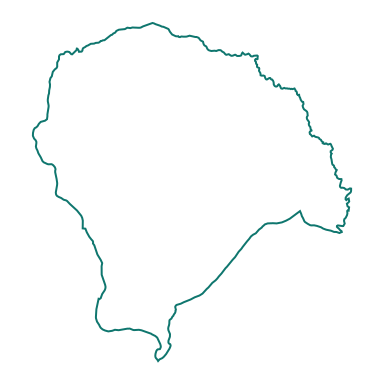 District Autonome De Yamoussoukro, Lacs, Ivory Coast
{"feature_id": "98640826B30232425959699", "entity_name": "District Autonome De Yamoussoukro", "entity_type": "district", "adm_level": 2, "iso_a3": "CIV", "parent_name": "Ivory Coast", "parent_adm1": "Lacs", "projection": "natural_earth1", "projection_center": [-5.252, 6.815], "detail": "fine", "context": "isolated", "style": "outline", "palette": "teal", "viewbox_px": 384, "rotation_deg": 0, "n_neighbors": 0, "source": "geoboundaries", "source_scale": "gbopen_adm2", "svg_char_len": 5826}
<svg xmlns="http://www.w3.org/2000/svg" viewBox="0 0 384 384"><path d="M339.4,233.0L341.8,232.0L341.5,231.1L340.0,230.0L338.6,228.3L337.7,227.7L336.9,226.8L337.0,225.9L337.9,225.4L342.6,226.1L343.3,226.0L344.7,223.6L344.0,220.9L344.3,219.2L345.7,217.8L347.0,215.2L347.4,213.5L347.2,211.0L347.8,210.3L348.6,210.6L349.1,207.3L347.6,206.4L346.9,203.7L348.6,202.3L349.2,201.4L348.7,198.6L347.6,199.1L346.3,200.1L345.6,199.3L345.7,197.6L347.2,195.2L350.5,192.5L350.9,191.7L351.1,190.7L351.1,188.6L350.0,188.4L347.8,189.6L345.9,189.5L344.3,188.1L342.8,187.7L341.1,187.8L340.2,187.0L339.9,185.9L340.8,182.4L341.6,180.4L341.4,179.1L339.1,179.0L337.5,178.1L337.1,177.6L336.5,175.6L335.1,174.5L335.5,172.4L336.7,170.1L336.0,169.8L335.2,168.2L334.2,167.2L334.1,166.1L333.7,165.4L332.6,164.7L332.2,163.8L331.5,159.4L330.8,157.0L331.1,154.2L331.7,153.7L330.7,152.4L330.7,151.2L332.5,149.8L332.9,148.8L331.6,146.1L330.9,144.3L330.2,143.8L328.1,144.5L327.0,144.0L326.5,143.5L325.8,143.4L324.9,144.0L323.3,143.6L322.7,143.1L323.2,142.3L321.7,141.3L320.9,139.8L319.4,138.9L319.0,138.0L318.2,137.5L315.3,136.8L314.0,135.7L312.2,136.4L310.8,134.7L309.9,134.0L309.6,132.3L310.0,131.5L311.5,130.6L311.3,129.9L310.7,129.4L310.3,127.0L309.7,126.4L308.9,124.9L308.8,123.6L309.2,122.7L308.9,121.7L307.2,119.4L306.9,118.5L306.8,117.4L307.0,116.7L307.7,115.6L307.4,112.7L307.0,111.7L306.2,110.9L304.0,109.3L303.1,107.6L302.6,105.8L303.5,104.0L303.2,102.1L302.8,102.2L301.9,101.5L300.7,99.7L300.1,97.8L299.3,96.3L299.1,94.8L297.8,95.0L297.0,94.0L296.9,92.6L296.5,91.5L295.6,90.9L295.5,90.2L294.5,88.5L292.6,89.1L291.7,88.8L290.8,89.1L289.8,88.7L288.1,88.7L287.2,88.4L285.4,88.4L284.2,87.9L282.4,88.7L281.3,88.5L280.8,87.9L280.1,86.0L278.8,84.4L278.0,85.0L277.3,86.2L276.1,86.6L275.4,86.4L274.7,86.0L273.8,84.6L273.6,82.2L273.1,80.8L272.1,79.5L271.4,79.5L270.8,79.0L270.3,78.1L269.4,78.0L266.9,79.5L266.3,79.4L265.8,79.0L265.3,78.1L264.6,76.0L263.4,75.5L261.9,75.7L260.6,75.3L260.4,73.2L259.0,70.8L259.3,68.7L259.0,67.9L257.3,67.2L257.0,66.3L257.1,64.6L256.5,64.2L256.1,63.6L255.9,61.8L255.2,61.2L255.0,60.0L255.7,59.0L257.0,59.3L257.6,58.9L257.5,58.1L257.8,56.1L257.1,55.5L253.7,55.8L252.8,56.4L251.5,56.4L250.9,56.2L249.3,54.2L248.4,53.6L247.5,54.1L245.3,54.7L244.6,54.5L242.6,52.6L241.9,53.4L241.5,54.7L240.9,55.6L239.7,55.9L237.7,56.0L236.8,55.8L235.5,54.8L234.8,54.8L232.7,55.7L231.4,55.8L230.7,55.5L228.8,54.2L226.2,54.8L225.1,54.0L223.9,52.5L222.2,51.6L221.1,50.5L220.1,50.1L218.6,50.1L216.2,51.0L214.6,50.7L211.3,51.0L209.2,50.4L208.4,50.0L207.3,48.8L206.4,46.7L205.9,46.2L204.7,45.6L204.1,45.0L203.5,43.8L203.0,41.7L200.6,40.4L198.6,37.8L196.6,37.0L195.3,37.0L189.6,35.7L186.6,36.6L184.1,36.7L181.3,36.5L180.0,37.1L179.0,37.0L178.2,36.2L177.6,36.4L175.7,36.2L172.1,34.5L169.9,31.7L168.7,29.4L168.2,28.9L163.4,26.8L161.9,26.6L159.8,25.6L155.6,24.2L154.0,23.4L152.5,23.0L143.0,26.4L140.7,27.6L139.2,27.8L132.4,27.5L130.3,28.1L127.3,27.7L124.9,29.1L118.9,29.7L116.4,30.9L115.2,32.6L113.3,33.5L112.0,34.8L110.9,35.1L104.5,40.2L103.0,40.3L101.5,41.0L100.7,41.0L99.5,42.2L98.4,42.7L95.7,42.9L94.1,43.6L90.8,43.8L87.9,45.5L86.4,46.0L85.4,46.9L83.2,48.1L82.6,49.2L82.4,50.6L81.6,51.6L79.0,51.8L78.6,50.5L78.0,49.5L77.4,48.7L76.8,48.6L76.5,50.1L72.2,54.3L71.3,54.2L69.4,52.1L68.0,51.7L66.7,51.7L65.3,52.0L63.7,54.1L60.7,54.3L59.6,55.1L59.0,56.4L59.0,59.4L57.2,62.5L57.2,66.7L56.5,68.1L54.8,69.4L52.8,71.9L51.8,76.3L50.4,78.2L49.5,81.9L50.0,84.4L49.9,87.0L49.2,90.3L49.0,93.5L48.4,95.3L47.8,99.4L47.8,101.2L48.6,105.4L48.6,106.8L47.4,114.4L47.4,116.3L47.0,119.2L45.0,120.7L40.7,121.9L38.9,123.8L37.5,126.2L36.3,127.3L34.7,128.2L33.7,129.9L33.0,132.9L32.9,135.8L34.1,138.6L35.6,140.2L36.3,141.6L36.4,142.9L35.9,146.6L36.4,148.5L37.4,150.4L38.4,153.3L40.8,157.4L42.5,161.1L43.7,162.3L47.3,164.0L48.3,164.3L51.5,164.2L52.2,164.5L53.3,165.3L54.8,167.1L55.4,168.6L55.5,169.5L55.2,170.7L55.2,172.3L56.6,179.0L57.2,183.1L57.1,185.0L55.8,192.4L56.0,194.1L56.4,195.1L56.9,195.8L58.6,196.9L61.2,198.0L63.6,199.7L66.1,200.4L67.1,201.0L69.8,203.9L77.0,210.5L81.2,215.7L82.2,217.9L82.8,220.6L82.7,228.4L85.4,228.7L86.8,232.3L89.3,236.8L91.4,239.5L92.7,240.9L93.1,242.0L93.0,243.5L94.3,245.3L97.4,254.5L100.7,259.9L102.2,263.1L101.6,266.2L101.7,274.8L105.1,284.7L105.5,286.5L105.5,287.6L105.3,288.7L104.7,290.3L102.2,294.0L100.7,298.2L99.4,299.1L98.6,298.8L96.4,309.2L95.9,317.1L96.0,318.3L97.0,321.6L99.1,324.8L99.9,326.5L100.7,327.8L102.6,329.4L105.0,330.5L108.3,331.4L112.2,330.8L114.9,329.8L118.7,330.2L127.1,328.7L129.8,328.6L133.0,329.9L134.0,330.1L138.9,329.8L141.5,330.3L151.1,333.7L151.9,334.3L155.3,336.0L157.2,337.6L160.3,344.2L160.8,346.2L160.7,347.4L159.9,349.1L157.7,349.4L156.9,350.1L156.3,351.1L155.5,353.8L155.3,355.9L155.5,357.2L155.9,358.0L157.3,359.6L158.1,361.0L159.5,359.4L162.3,358.1L163.9,356.7L166.1,354.1L169.5,348.6L170.4,346.5L170.6,345.3L170.2,344.2L169.3,343.8L168.6,343.0L168.4,342.2L168.5,340.6L169.9,336.8L170.0,334.1L168.4,330.2L168.2,328.6L168.4,327.1L169.0,325.3L169.3,323.7L169.4,320.8L169.7,319.9L171.4,318.6L172.4,316.7L173.4,315.7L173.8,314.6L175.0,313.0L175.5,311.7L175.5,310.5L175.9,309.8L175.2,306.9L175.8,305.6L176.7,304.9L180.8,303.7L183.8,302.2L190.6,299.5L194.7,297.3L199.5,295.5L202.5,293.6L206.8,288.9L208.4,287.5L212.3,282.9L215.6,280.3L217.3,278.5L218.8,276.5L221.5,273.5L225.5,268.2L226.9,266.8L232.6,259.8L235.1,257.1L238.7,251.7L241.4,248.8L242.7,246.9L247.1,241.3L249.1,239.0L251.0,236.4L253.1,234.7L255.8,233.3L259.0,229.6L261.7,227.6L262.6,226.4L263.3,225.9L264.9,224.4L267.7,223.4L272.9,223.2L276.7,223.4L281.9,222.4L286.0,220.7L289.8,218.7L300.0,211.1L301.2,213.9L301.9,216.2L303.0,218.1L304.4,221.3L305.0,222.0L307.7,223.8L310.2,225.2L311.5,225.4L314.0,225.3L316.9,225.9L321.1,227.3L323.2,228.6L326.2,229.7L331.0,230.7L334.0,231.9L336.5,232.0L339.4,233.0Z" fill="none" stroke="#0f766e" stroke-width="2"/></svg>